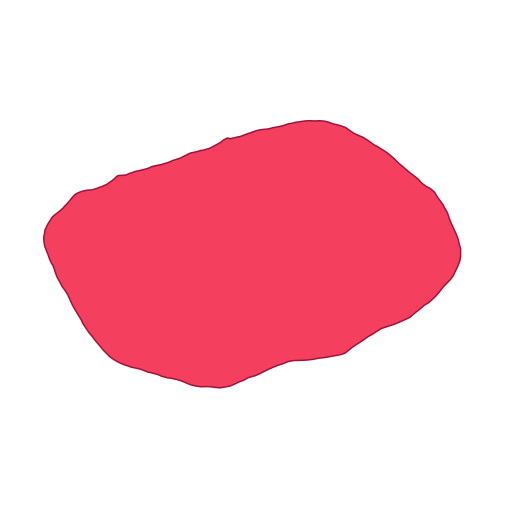 South Nilandhoo, Maldives (orthographic projection), rotated 251°
{"feature_id": "70690204B67340170019172", "entity_name": "South Nilandhoo", "entity_type": "district", "adm_level": 2, "iso_a3": "MDV", "parent_name": "Maldives", "parent_adm1": "", "projection": "orthographic", "projection_center": [72.94, 2.835], "detail": "fine", "context": "isolated", "style": "filled", "palette": "rose", "viewbox_px": 512, "rotation_deg": 251, "n_neighbors": 0, "source": "geoboundaries", "source_scale": "gbopen_adm2", "svg_char_len": 3145}
<svg xmlns="http://www.w3.org/2000/svg" viewBox="0 0 512 512"><g transform="rotate(251 256 256)"><path d="M206.3,452.6L211.8,452.4L216.9,451.9L222.2,451.3L228.8,451.0L234.6,451.1L240.6,449.9L244.3,449.4L248.2,448.1L252.7,446.7L258.4,445.5L263.3,442.6L266.1,439.8L270.7,436.6L275.8,434.4L279.2,432.3L284.0,429.0L289.2,426.0L296.4,421.6L303.8,417.9L311.0,413.6L315.9,409.7L319.9,406.5L322.6,403.9L328.8,399.5L333.4,395.8L336.8,392.0L340.1,388.5L344.6,385.2L348.6,382.3L352.5,377.2L355.9,371.9L359.5,367.4L361.5,364.1L363.3,359.9L364.4,356.0L365.4,353.4L366.6,350.5L367.6,346.8L368.4,343.0L368.9,339.7L369.5,337.2L369.7,334.4L370.0,331.7L370.5,328.8L370.4,326.6L370.5,323.3L370.7,321.1L371.2,317.6L371.8,314.0L372.0,310.7L372.3,308.3L373.7,302.4L374.3,298.4L374.4,294.4L374.3,291.2L374.4,287.9L374.1,280.0L374.6,277.0L374.7,275.0L374.9,273.0L375.1,271.9L375.2,270.3L376.9,267.2L376.2,262.8L375.0,259.7L374.3,255.7L373.5,251.0L372.9,247.0L373.1,243.8L373.2,240.7L373.8,238.0L373.8,235.3L374.1,232.6L374.7,227.3L374.1,222.7L373.2,216.0L373.4,208.3L373.0,203.2L373.2,199.9L373.3,196.1L373.7,193.3L374.1,189.7L374.5,186.6L374.1,183.4L374.1,180.4L374.4,177.5L374.6,174.7L374.9,172.1L375.2,170.2L375.3,168.7L375.2,167.1L375.3,165.2L375.2,162.5L374.9,160.3L375.2,158.2L375.7,156.3L376.0,155.2L376.6,153.2L376.9,152.0L376.5,150.0L375.4,147.8L374.1,144.6L373.4,141.8L372.4,138.6L372.1,136.1L371.9,133.6L371.8,128.5L371.8,124.8L372.1,121.7L372.9,119.0L373.6,115.3L373.8,110.7L373.6,107.3L372.9,104.7L370.7,100.5L368.8,97.6L366.2,93.0L365.3,91.1L364.1,89.1L362.2,84.5L361.2,81.6L360.2,78.5L359.4,76.7L358.4,75.0L356.7,73.1L355.0,70.8L352.8,68.3L350.8,66.5L349.2,64.9L346.8,63.7L343.2,61.6L341.6,61.0L338.2,60.1L333.8,59.4L329.6,59.6L325.5,59.8L320.3,59.8L316.0,60.2L312.9,61.0L309.5,61.0L304.9,60.9L300.1,61.1L295.1,62.1L290.2,62.8L285.4,64.3L280.5,65.4L275.0,65.9L269.0,66.5L262.0,67.9L256.9,69.0L252.7,70.0L248.7,70.3L243.2,71.7L237.7,73.2L233.1,75.0L228.4,76.5L223.4,78.5L216.1,81.2L211.5,83.5L208.3,85.0L204.7,87.6L201.6,90.2L199.0,92.7L196.9,95.0L194.6,98.0L191.6,101.7L189.1,105.9L186.7,109.8L183.9,113.1L181.5,115.8L179.7,119.0L178.4,120.9L176.2,124.2L174.7,125.9L173.0,127.6L171.2,130.4L169.6,132.7L168.6,134.9L165.1,140.8L162.0,145.0L157.4,150.1L155.4,152.5L152.3,157.4L150.4,161.2L149.6,163.4L148.7,166.5L147.2,170.4L145.1,174.5L143.0,179.3L142.2,184.2L141.5,189.0L141.8,193.8L142.5,198.9L142.5,203.6L143.5,209.0L143.1,216.2L143.6,222.0L144.3,227.1L145.0,232.6L145.3,237.1L145.5,241.6L145.4,247.3L145.7,251.6L145.4,254.8L144.7,258.3L143.5,262.0L142.2,266.1L140.7,271.6L139.6,277.0L139.0,282.0L138.1,285.6L137.1,291.1L136.3,296.5L135.5,301.5L135.1,305.5L135.2,308.8L138.2,316.9L139.4,321.1L140.8,327.1L142.1,331.8L143.3,335.7L144.1,340.5L145.2,344.7L146.6,350.8L146.6,355.4L146.5,359.3L146.4,363.8L146.6,367.8L147.1,373.9L147.4,377.3L147.9,381.6L149.8,386.2L150.9,389.1L151.6,391.4L154.8,399.5L155.8,404.5L157.9,409.3L159.7,413.2L162.3,417.6L165.6,422.6L168.2,427.7L170.8,432.7L172.8,435.6L174.6,437.6L177.8,440.6L181.2,444.0L184.9,447.0L188.9,449.3L196.1,451.8L200.4,452.0L206.3,452.6Z" fill="#f43f5e" stroke="#9f1239" stroke-width="1.5"/></g></svg>